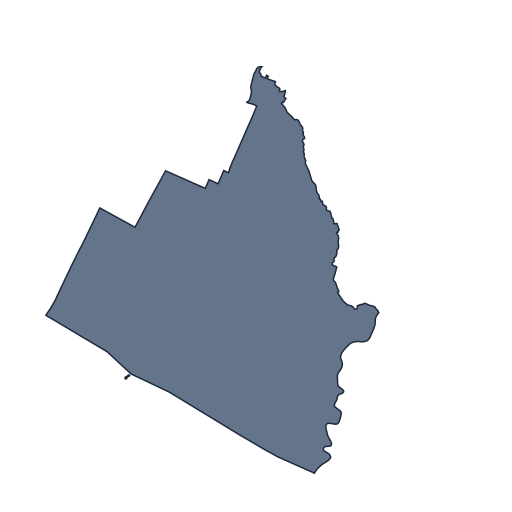 Tran Van Thoi, Cà Mau, Vietnam (Albers equal-area conic projection), rotated 298°
{"feature_id": "81297802B31922203315935", "entity_name": "Tran Van Thoi", "entity_type": "district", "adm_level": 2, "iso_a3": "VNM", "parent_name": "Vietnam", "parent_adm1": "Cà Mau", "projection": "albers", "projection_center": [104.985, 9.126], "detail": "fine", "context": "isolated", "style": "filled", "palette": "slate", "viewbox_px": 512, "rotation_deg": 298, "n_neighbors": 0, "source": "geoboundaries", "source_scale": "gbopen_adm2", "svg_char_len": 6126}
<svg xmlns="http://www.w3.org/2000/svg" viewBox="0 0 512 512"><g transform="rotate(298 256 256)"><path d="M422.3,168.8L421.3,168.7L419.7,168.9L416.6,168.7L414.6,169.0L411.0,169.9L405.7,171.2L403.1,171.9L401.8,172.6L399.8,174.3L397.9,175.3L396.2,175.8L394.1,176.3L392.3,176.8L390.7,176.9L389.5,176.8L389.1,176.6L387.8,175.7L387.3,175.9L387.5,177.3L388.1,179.9L388.6,182.1L388.8,184.4L388.7,186.3L376.9,187.4L364.1,188.3L352.7,189.2L344.5,189.8L339.6,190.3L335.8,190.4L333.5,190.7L327.7,191.0L324.6,191.4L322.6,191.5L317.0,192.5L316.5,192.4L316.4,187.4L306.9,188.2L302.0,188.6L301.4,178.7L291.9,179.4L291.3,171.2L290.5,159.8L289.6,147.8L288.8,136.2L274.5,136.0L254.4,135.7L238.6,135.7L224.7,135.7L224.7,135.2L224.6,133.5L224.7,125.9L224.8,118.4L224.9,110.8L225.0,103.2L225.1,95.5L220.7,95.8L187.8,97.1L177.0,97.2L165.9,97.5L155.0,97.9L144.1,98.4L133.2,98.9L122.3,99.5L114.1,99.2L111.5,99.0L107.6,98.5L105.0,98.3L101.6,169.4L93.2,201.0L95.1,242.8L94.9,247.1L90.3,325.9L89.1,356.0L88.9,369.4L91.5,406.8L91.7,409.6L93.1,409.6L96.0,409.8L98.9,410.7L103.0,412.2L106.5,414.2L108.4,415.3L109.9,416.0L111.4,416.3L112.3,416.5L113.0,416.5L113.9,416.0L114.6,415.1L115.2,414.2L115.6,413.3L115.7,411.9L115.8,408.8L116.0,407.5L116.4,406.6L117.2,406.0L118.3,405.9L119.5,406.1L120.2,406.7L121.0,407.6L122.6,410.3L123.4,411.0L123.9,411.2L124.7,411.2L125.8,410.8L127.1,409.5L128.7,407.2L130.3,404.6L131.4,403.4L134.2,400.8L137.4,398.1L138.5,397.5L139.7,397.2L140.5,397.3L141.2,397.5L141.9,397.9L142.6,399.1L143.7,401.8L144.5,404.5L145.1,405.7L145.7,406.4L146.6,406.9L148.9,407.1L151.2,406.8L155.0,405.9L156.6,405.4L157.7,404.8L158.3,404.1L158.8,403.1L159.3,399.5L159.6,398.1L159.7,397.3L160.2,396.1L160.5,395.5L161.1,395.1L162.1,394.9L163.6,394.8L165.7,394.9L167.8,394.6L170.2,394.0L170.9,393.9L171.6,393.9L172.4,394.3L173.5,395.0L174.8,396.2L176.3,397.1L176.8,397.2L177.4,397.1L178.0,396.6L178.3,396.0L178.8,394.8L179.2,392.5L179.5,390.6L179.9,389.7L180.3,389.2L181.3,388.3L183.8,386.7L188.3,384.2L189.6,383.7L191.4,383.5L194.9,384.0L196.9,384.1L198.7,383.9L201.0,383.1L202.3,382.1L203.7,380.7L205.3,379.0L206.2,378.2L207.2,377.8L209.6,377.3L211.3,377.3L213.6,377.6L218.8,378.9L222.3,380.0L223.8,380.8L226.0,382.7L228.4,386.1L230.0,390.0L231.0,391.5L232.2,392.9L233.1,393.6L234.0,394.2L235.2,394.6L236.7,394.8L238.6,394.8L242.1,394.4L247.2,394.1L251.4,393.3L255.6,391.4L257.0,390.7L259.6,390.5L262.4,390.9L263.7,391.0L264.2,390.2L265.2,388.7L265.5,387.9L265.7,386.8L266.0,386.1L266.6,385.4L266.8,384.9L266.8,384.2L266.8,383.3L266.6,382.1L266.2,380.8L265.8,380.0L265.7,379.4L265.7,377.7L265.5,375.0L265.4,374.6L265.1,373.9L264.5,373.4L264.1,373.2L263.7,373.1L263.4,372.9L262.2,371.1L261.6,370.5L261.2,370.4L260.9,370.2L260.7,369.9L260.4,369.4L260.0,369.1L259.7,368.9L259.3,368.9L259.0,369.1L258.2,369.7L257.8,369.9L257.2,369.9L256.5,369.5L256.3,369.4L256.0,369.3L255.8,369.1L255.6,368.4L255.5,367.5L256.1,366.7L256.6,365.1L256.7,364.3L256.7,363.4L256.2,361.8L256.0,360.5L255.9,359.1L256.7,355.7L257.3,353.9L261.3,346.4L262.1,345.0L263.5,345.9L265.8,343.0L268.1,340.6L270.0,338.5L270.9,335.9L271.3,335.4L273.2,334.9L278.2,333.9L284.2,332.5L284.0,327.3L285.6,326.5L285.8,326.5L286.4,326.9L287.1,327.3L287.9,327.4L288.4,327.3L288.9,326.9L290.1,326.2L290.5,326.0L291.0,326.0L291.4,326.0L291.8,326.3L292.5,326.6L293.1,326.7L293.9,326.7L294.9,326.5L296.6,326.0L297.8,325.2L298.3,324.9L298.9,324.9L299.5,324.9L300.3,325.0L301.0,325.0L301.6,325.0L303.0,324.5L304.0,324.1L305.5,322.9L306.7,322.1L308.6,321.4L310.8,320.5L312.0,319.5L312.9,318.4L313.8,316.8L314.1,316.3L314.4,316.0L314.6,316.1L315.0,316.6L315.3,317.1L315.6,317.3L316.2,316.9L316.7,316.8L317.0,316.9L317.4,317.3L318.1,317.1L321.1,314.0L322.8,312.1L321.0,310.0L325.2,306.3L325.0,305.2L326.3,304.1L329.2,301.6L330.0,300.7L330.1,300.2L330.1,299.6L329.7,298.0L329.7,297.3L329.7,296.8L329.8,296.4L331.1,295.8L331.8,295.5L332.2,295.2L332.7,294.4L332.9,291.0L335.5,288.8L334.7,287.8L336.3,286.2L335.8,285.6L337.0,284.6L338.4,283.7L339.2,283.0L340.0,281.4L340.5,280.3L341.3,279.4L343.5,277.7L345.2,276.6L345.9,276.0L346.3,275.6L346.9,274.9L347.5,273.4L348.0,271.7L348.5,270.5L348.9,269.7L349.8,268.8L351.8,266.9L354.0,264.7L355.6,263.2L356.6,262.0L358.0,259.7L358.7,259.0L359.4,258.3L360.0,257.2L360.7,256.3L361.1,256.0L361.4,255.8L362.0,255.6L363.0,255.3L363.8,255.0L364.1,254.5L365.3,252.9L366.3,252.0L366.8,251.5L367.4,251.2L367.9,251.0L368.5,250.8L368.8,250.7L369.1,250.4L369.4,250.1L369.8,249.3L370.4,248.8L370.8,248.8L371.4,248.7L371.9,248.7L372.3,248.4L372.7,248.2L373.9,247.1L374.4,246.7L375.0,246.4L375.4,246.3L376.2,246.3L376.8,246.2L377.1,245.9L377.4,245.7L377.7,245.3L378.4,244.1L379.1,243.1L379.6,242.9L380.6,242.8L381.3,242.9L381.7,243.1L382.4,243.7L382.9,243.6L383.3,243.3L384.1,242.4L384.8,241.2L385.3,240.7L385.5,240.5L385.9,240.3L386.4,240.2L387.0,240.0L387.3,239.9L387.6,239.7L387.9,239.2L388.3,238.6L388.5,238.3L389.0,238.0L389.4,237.8L389.7,237.7L390.2,237.6L390.6,237.4L390.8,237.3L391.1,237.0L391.8,236.1L392.4,234.6L392.9,233.3L393.1,232.8L394.4,231.7L395.0,230.7L395.7,229.3L395.7,228.6L395.5,227.8L395.2,227.2L394.6,226.5L394.5,225.6L394.8,224.5L395.5,223.4L395.7,222.7L396.1,221.3L397.2,217.1L397.5,216.0L399.0,214.1L400.8,211.7L402.0,208.5L402.7,206.7L404.3,207.1L404.4,208.1L409.2,208.4L409.4,206.4L409.8,206.0L414.7,204.8L415.8,204.3L415.8,203.9L414.6,203.1L413.5,201.9L413.0,200.7L412.5,200.1L412.3,199.8L412.2,199.6L412.4,199.4L414.4,198.7L414.9,198.5L415.1,198.2L415.2,197.6L415.2,196.1L415.3,195.0L415.9,192.8L416.3,191.9L416.6,191.7L418.3,191.7L418.8,191.6L419.0,191.4L419.1,190.9L418.7,188.9L418.1,185.3L417.8,182.7L420.5,182.4L420.5,180.5L417.4,180.7L417.3,179.1L417.3,177.1L417.7,175.5L418.3,175.2L419.1,174.6L419.3,174.3L419.4,173.8L419.6,173.0L419.9,172.6L420.9,172.3L424.0,172.0L425.3,172.0L425.8,172.2L425.4,171.3L424.5,170.1L423.9,169.4L422.3,168.8ZM90.9,199.2L89.8,198.9L89.2,198.6L88.7,198.1L88.4,197.8L87.9,197.6L86.8,197.6L86.6,197.7L86.3,197.9L86.2,198.2L86.2,198.7L86.6,199.2L87.2,199.3L88.1,199.3L88.8,199.4L89.6,199.8L90.3,200.4L90.8,200.6L91.3,200.5L91.4,200.1L91.3,199.6L90.9,199.2Z" fill="#64748b" stroke="#1e293b" stroke-width="1.5"/></g></svg>